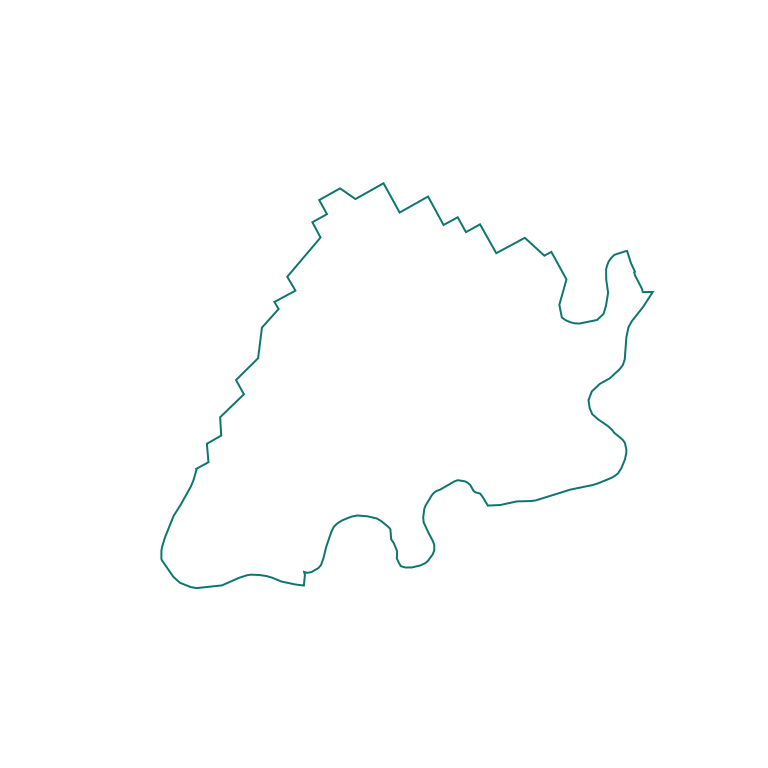 Mississippi, Missouri, United States of America, rotated 61°
{"feature_id": "52423323B58480998069013", "entity_name": "Mississippi", "entity_type": "district", "adm_level": 2, "iso_a3": "USA", "parent_name": "United States of America", "parent_adm1": "Missouri", "projection": "robinson", "projection_center": [-89.235, 36.818], "detail": "fine", "context": "isolated", "style": "outline", "palette": "teal", "viewbox_px": 768, "rotation_deg": 61, "n_neighbors": 0, "source": "geoboundaries", "source_scale": "gbopen_adm2", "svg_char_len": 2205}
<svg xmlns="http://www.w3.org/2000/svg" viewBox="0 0 768 768"><g transform="rotate(61 384 384)"><path d="M191.6,327.6L191.7,351.5L207.8,351.5L207.8,368.2L225.1,368.5L243.3,416.6L259.4,416.2L259.1,440.1L267.3,439.8L275.5,463.4L300.4,481.6L308.8,511.5L325.1,511.5L333.6,543.4L350.2,551.4L350.4,567.9L367.3,575.4L367.2,589.5L368.0,589.5L375.9,597.4L380.2,602.9L391.1,620.5L397.4,632.0L411.8,649.7L418.4,656.6L421.7,659.4L429.1,663.5L430.6,663.7L450.6,661.7L459.0,658.8L468.0,651.4L471.6,647.0L481.6,623.3L483.2,605.0L484.8,596.8L486.1,593.1L490.8,585.3L495.2,579.7L499.2,575.7L507.1,569.4L516.4,558.7L521.4,551.8L512.6,545.7L509.7,545.0L511.9,542.8L513.3,538.8L513.2,530.7L511.9,527.0L507.0,521.4L498.3,513.4L487.6,501.5L484.5,497.0L483.3,492.5L483.0,486.3L484.2,477.0L486.0,471.2L491.7,462.6L498.1,455.5L502.7,452.8L512.2,449.1L514.3,448.9L523.3,453.0L528.1,452.6L536.7,453.6L542.9,457.4L547.6,457.7L551.5,457.6L554.9,454.2L557.9,448.7L560.3,440.2L560.7,434.8L560.0,431.3L556.7,424.2L553.9,420.7L549.0,418.0L545.0,417.4L535.0,417.2L524.3,416.4L519.7,414.4L512.8,409.3L510.4,406.5L506.8,400.1L504.6,396.4L503.4,393.4L503.0,390.1L503.6,386.1L503.3,369.8L503.9,366.2L504.8,364.9L508.3,360.5L511.0,358.6L514.3,357.5L521.0,357.5L523.0,356.6L526.5,353.0L531.8,352.4L540.7,352.1L546.2,341.0L551.0,324.9L557.2,313.0L559.3,308.0L566.8,271.9L573.4,250.9L574.6,245.5L576.4,230.2L576.2,226.3L575.7,222.8L572.7,217.2L566.6,209.6L561.6,205.4L558.6,203.7L552.4,201.9L548.9,202.2L545.2,203.5L538.0,206.4L535.0,206.7L529.7,208.4L518.9,213.8L511.3,216.5L504.7,215.8L497.2,212.9L491.2,205.8L488.5,195.0L488.5,183.7L485.3,170.8L483.2,165.9L479.3,161.6L460.7,149.4L452.8,142.6L449.0,136.4L442.2,120.0L433.8,104.3L429.2,113.0L425.0,112.2L410.5,111.8L407.7,111.1L407.5,110.1L398.0,109.4L385.5,106.9L385.0,108.3L382.7,119.8L384.0,124.4L385.8,128.1L388.3,131.2L391.3,134.1L400.6,139.1L412.9,143.8L423.4,152.1L429.1,158.0L431.3,166.6L425.9,183.7L423.4,187.8L420.4,191.0L416.2,194.2L412.1,196.2L399.8,192.3L381.0,173.7L349.6,173.6L349.5,181.5L324.4,190.0L324.0,222.4L290.9,222.6L290.9,238.7L273.9,238.7L273.8,254.8L241.4,254.6L241.6,287.2L208.2,287.1L208.4,319.3L191.6,327.6Z" fill="none" stroke="#0f766e" stroke-width="2"/></g></svg>